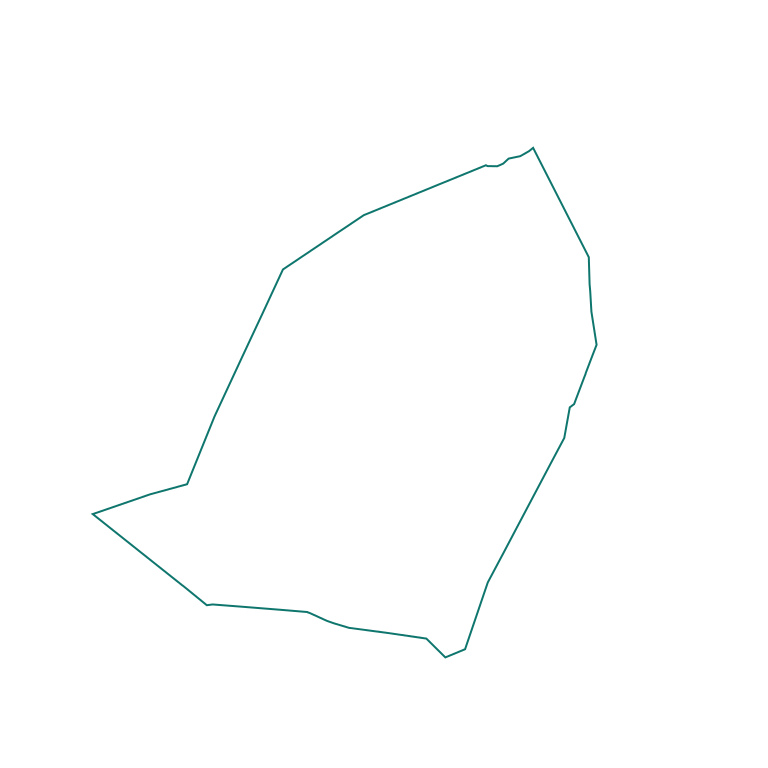 Santa María Apazco, Oaxaca, Mexico (Natural Earth projection), rotated 28°
{"feature_id": "50627088B71489452682156", "entity_name": "Santa María Apazco", "entity_type": "district", "adm_level": 2, "iso_a3": "MEX", "parent_name": "Mexico", "parent_adm1": "Oaxaca", "projection": "natural_earth1", "projection_center": [-97.074, 17.63], "detail": "fine", "context": "isolated", "style": "outline", "palette": "teal", "viewbox_px": 768, "rotation_deg": 28, "n_neighbors": 0, "source": "geoboundaries", "source_scale": "gbopen_adm2", "svg_char_len": 861}
<svg xmlns="http://www.w3.org/2000/svg" viewBox="0 0 768 768"><g transform="rotate(28 384 384)"><path d="M561.3,312.5L557.7,284.5L557.3,280.9L557.0,279.6L554.6,260.5L553.3,249.6L533.2,222.8L522.6,205.4L518.7,199.4L505.3,175.9L404.8,105.5L402.7,110.4L397.3,118.9L388.2,126.5L385.8,133.4L383.6,136.3L381.7,138.6L377.8,140.6L373.1,143.0L371.3,143.0L338.4,182.5L286.9,244.4L272.7,270.9L241.0,330.3L243.6,378.2L246.1,427.2L249.6,492.3L257.2,564.9L229.2,591.3L187.9,635.6L300.6,656.5L301.1,656.5L331.4,662.5L336.2,659.1L362.3,647.7L399.2,631.7L422.5,621.7L422.9,621.5L423.2,621.4L423.8,621.3L424.1,621.4L425.7,621.1L442.0,620.1L445.0,619.9L452.2,618.8L467.7,615.7L503.0,602.5L540.9,588.9L566.5,596.6L580.1,580.1L568.8,510.5L568.8,485.9L568.8,475.6L568.7,450.9L568.5,375.1L568.5,347.0L559.0,317.4L561.3,312.5Z" fill="none" stroke="#0f766e" stroke-width="2"/></g></svg>